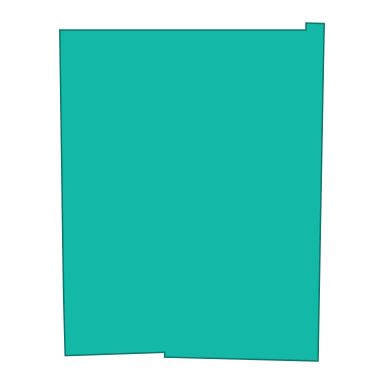 Loventué, La Pampa, Argentina (Natural Earth projection)
{"feature_id": "61730980B54162974925510", "entity_name": "Loventué", "entity_type": "district", "adm_level": 2, "iso_a3": "ARG", "parent_name": "Argentina", "parent_adm1": "La Pampa", "projection": "natural_earth1", "projection_center": [-65.521, -36.478], "detail": "fine", "context": "isolated", "style": "filled", "palette": "teal", "viewbox_px": 384, "rotation_deg": 0, "n_neighbors": 0, "source": "geoboundaries", "source_scale": "gbopen_adm2", "svg_char_len": 445}
<svg xmlns="http://www.w3.org/2000/svg" viewBox="0 0 384 384"><path d="M59.8,30.0L60.5,80.3L61.7,162.5L62.4,215.1L63.6,294.6L65.2,355.6L71.3,355.4L164.7,352.3L164.7,353.0L164.6,357.1L167.8,357.2L318.0,361.0L318.9,310.6L319.6,270.7L321.2,181.2L322.4,116.4L323.5,58.6L324.2,23.6L323.3,23.5L307.9,23.1L306.0,23.0L306.0,29.2L306.0,30.0L304.7,30.0L285.0,30.0L265.3,30.0L63.7,30.0L59.8,30.0Z" fill="#14b8a6" stroke="#0f766e" stroke-width="1.5"/></svg>